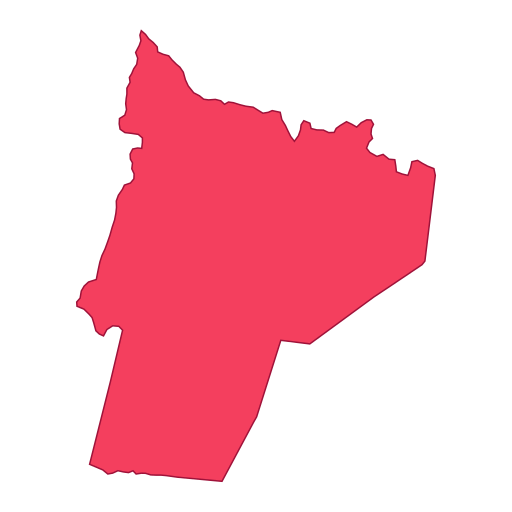 Saúde, Bahia, Brazil (Mercator projection)
{"feature_id": "56859067B4343183241254", "entity_name": "Saúde", "entity_type": "district", "adm_level": 2, "iso_a3": "BRA", "parent_name": "Brazil", "parent_adm1": "Bahia", "projection": "mercator", "projection_center": [-40.398, -10.907], "detail": "fine", "context": "isolated", "style": "filled", "palette": "rose", "viewbox_px": 512, "rotation_deg": 0, "n_neighbors": 0, "source": "geoboundaries", "source_scale": "gbopen_adm2", "svg_char_len": 2146}
<svg xmlns="http://www.w3.org/2000/svg" viewBox="0 0 512 512"><path d="M222.0,481.3L253.9,421.6L256.6,416.9L280.8,340.3L309.8,343.9L374.1,296.8L389.6,286.5L422.0,264.7L424.9,261.1L435.3,175.4L433.9,168.6L427.5,166.1L422.3,163.3L417.6,160.4L411.9,161.7L410.6,167.9L407.9,175.4L402.1,174.0L396.4,171.8L395.8,166.1L394.8,159.7L389.0,159.2L383.1,154.4L376.9,156.4L369.9,152.5L366.5,148.2L369.0,142.0L372.5,138.5L371.0,134.0L371.5,128.5L373.5,124.3L371.0,120.0L366.8,119.8L361.2,122.7L356.7,127.1L351.7,124.2L346.5,121.7L340.2,125.5L336.2,128.4L334.2,132.4L328.7,132.6L323.4,130.1L316.8,129.9L311.1,128.5L309.9,123.2L303.8,120.7L301.1,124.8L300.5,129.9L298.4,135.8L294.4,141.3L290.7,136.5L287.7,130.5L285.4,125.5L281.8,119.6L280.2,112.3L272.2,110.6L268.3,112.3L262.9,113.2L257.5,109.9L253.2,107.2L245.8,106.2L239.8,104.7L233.4,102.7L228.5,102.0L224.5,104.3L220.8,100.8L215.4,99.4L208.5,99.9L203.6,99.2L199.5,95.8L193.7,92.8L188.2,85.9L185.4,79.8L183.3,72.2L179.9,67.2L176.3,64.2L171.9,59.8L168.7,55.8L163.1,54.3L157.7,51.9L157.2,46.9L153.2,42.5L148.7,38.8L145.6,34.5L141.3,30.7L139.9,35.1L140.9,40.8L139.3,45.4L135.6,52.5L137.7,58.2L136.7,64.4L133.7,68.8L131.7,73.6L129.4,77.4L130.1,82.3L126.9,88.1L126.9,94.1L126.2,98.5L125.7,103.7L126.5,109.7L124.8,115.2L119.5,118.5L119.2,123.9L120.1,129.2L124.9,132.6L131.1,133.3L138.3,134.4L142.4,137.9L142.4,142.4L141.7,148.4L137.6,148.0L132.7,149.0L130.1,154.1L130.4,159.1L132.5,162.9L131.8,168.8L134.1,173.8L133.9,178.8L130.5,183.0L124.4,185.1L122.4,189.4L118.4,195.2L116.3,201.0L116.5,207.5L115.9,213.2L114.6,220.0L112.2,227.2L109.9,235.4L107.6,242.0L105.0,249.1L101.9,255.7L99.9,262.0L98.8,267.0L97.9,271.3L96.3,279.5L88.5,282.0L84.2,286.0L81.3,291.0L80.1,298.1L76.7,302.0L77.0,306.3L83.9,309.1L88.9,314.0L92.1,317.6L93.6,322.4L94.8,326.7L95.9,330.8L99.3,334.0L103.5,335.9L106.9,329.5L112.7,325.8L118.8,326.3L122.6,330.2L110.3,382.1L89.6,464.3L102.8,469.9L107.8,474.0L112.7,473.1L117.9,470.7L123.3,471.9L128.5,472.6L133.0,470.8L136.1,474.0L141.3,473.2L145.5,473.3L150.8,474.9L155.9,475.1L161.0,475.1L166.3,475.6L172.7,476.5L177.7,477.2L222.0,481.3Z" fill="#f43f5e" stroke="#9f1239" stroke-width="1.5"/></svg>